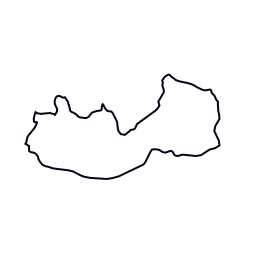 the County of Kukës, rotated 118°
{"feature_id": "ALB-1502", "entity_name": "Kukës", "entity_type": "County", "adm_level": 1, "iso_a3": "ALB", "parent_name": "Albania", "parent_adm1": "", "projection": "mercator", "projection_center": [20.174, 42.189], "detail": "fine", "context": "isolated", "style": "outline", "palette": "ink", "viewbox_px": 256, "rotation_deg": 118, "n_neighbors": 0, "source": "natural_earth", "source_scale": "10m", "svg_char_len": 2214}
<svg xmlns="http://www.w3.org/2000/svg" viewBox="0 0 256 256"><g transform="rotate(118 128 128)"><path d="M194.8,204.4L190.3,207.1L190.1,211.2L188.5,211.0L185.4,212.0L182.5,212.6L171.4,210.5L167.7,210.6L165.8,211.0L165.8,211.8L166.3,212.5L166.8,213.2L166.1,214.3L164.3,215.4L161.8,216.3L157.4,217.0L157.6,215.2L156.5,211.7L151.5,204.1L150.4,199.5L150.7,198.7L147.1,198.4L144.5,199.5L143.3,200.9L142.3,202.5L140.8,204.1L138.9,205.3L135.7,206.0L133.8,205.8L132.4,204.6L131.9,203.4L131.7,202.2L131.8,201.4L131.8,200.5L131.8,199.8L130.5,198.1L132.8,193.8L133.3,193.1L133.9,192.6L134.4,192.3L134.9,191.8L135.4,191.1L136.1,190.3L139.6,187.4L140.1,186.6L140.3,185.5L140.1,183.1L140.2,181.2L140.4,179.6L140.9,178.3L141.3,177.0L141.2,175.5L139.6,171.2L138.9,169.6L136.7,168.0L131.4,167.1L127.3,163.2L125.8,160.8L124.5,159.9L123.5,160.1L122.3,160.8L120.9,161.4L118.9,161.5L118.9,161.0L121.5,157.4L122.6,154.2L122.2,152.6L121.3,150.6L121.9,148.7L126.7,141.8L128.0,140.4L129.6,139.2L131.8,137.8L135.0,135.2L136.8,131.6L135.5,127.5L130.1,125.2L128.6,124.8L127.7,123.8L126.9,122.7L125.9,121.9L124.6,121.6L120.3,121.9L100.0,112.0L97.7,111.2L93.5,110.7L90.4,113.6L79.8,113.2L78.7,113.6L77.5,114.4L74.9,117.1L73.9,117.8L72.9,118.2L72.2,118.4L71.5,118.6L71.1,118.9L70.1,120.1L65.6,119.6L63.1,118.2L61.9,117.3L61.5,116.3L62.1,114.6L62.5,112.7L62.7,111.8L62.6,110.7L62.8,110.0L63.2,109.3L63.1,107.2L62.5,103.9L60.1,95.7L59.5,91.9L59.3,89.0L59.6,87.1L59.4,80.9L59.0,78.9L58.5,77.4L55.7,73.9L55.4,73.0L55.7,72.3L57.4,70.7L58.0,69.7L58.7,67.4L59.2,66.4L59.8,65.5L60.5,64.8L61.2,63.9L61.7,63.1L62.8,60.6L64.0,60.3L70.7,56.2L72.4,54.6L76.9,51.5L85.6,51.8L90.1,50.4L96.6,41.8L100.4,39.0L105.0,41.7L108.7,45.8L117.6,50.7L120.7,54.6L125.7,66.8L126.7,68.2L129.1,70.6L130.0,72.4L130.0,74.4L128.1,77.3L127.9,78.8L128.7,80.3L131.5,82.7L132.5,84.2L133.0,86.1L132.7,89.3L132.9,91.1L134.5,95.0L135.9,96.7L138.1,97.0L150.3,96.7L153.0,97.2L175.1,113.5L178.1,116.7L179.6,118.2L183.0,122.9L189.7,137.7L191.7,144.1L192.1,148.4L192.2,156.1L193.3,160.6L198.9,175.4L199.7,180.2L200.6,183.4L200.6,186.4L198.7,190.8L197.2,192.7L196.0,193.7L194.9,195.0L194.0,197.9L194.0,199.6L195.0,202.6L194.8,204.4Z" fill="none" stroke="#020617" stroke-width="2"/></g></svg>